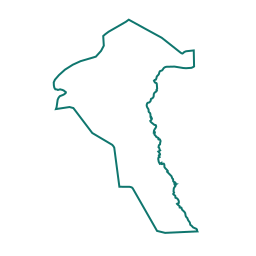 the border of Unity, rotated 356°
{"feature_id": "SDS-871", "entity_name": "Unity", "entity_type": "State", "adm_level": 1, "iso_a3": "SSD", "parent_name": "South Sudan", "parent_adm1": "", "projection": "mercator", "projection_center": [30.188, 8.676], "detail": "fine", "context": "isolated", "style": "outline", "palette": "teal", "viewbox_px": 256, "rotation_deg": 356, "n_neighbors": 0, "source": "natural_earth", "source_scale": "10m", "svg_char_len": 3441}
<svg xmlns="http://www.w3.org/2000/svg" viewBox="0 0 256 256"><g transform="rotate(356 128 128)"><path d="M187.6,57.5L188.5,56.9L189.3,56.2L190.6,55.7L191.4,55.5L199.0,55.2L198.2,71.2L197.3,71.7L196.4,72.1L195.4,72.4L190.1,72.4L187.2,72.0L178.7,70.0L170.5,69.6L169.2,69.9L168.1,70.5L167.4,71.2L166.8,72.1L166.0,72.9L165.1,73.2L163.9,73.5L163.3,74.3L162.5,76.5L161.8,77.3L160.9,78.0L160.2,78.9L159.8,80.4L159.2,81.6L157.9,82.0L157.2,82.7L158.0,84.4L158.7,84.9L159.3,85.1L159.7,85.5L159.8,86.5L159.8,90.9L159.5,91.4L159.1,91.8L159.0,92.2L159.4,92.7L158.7,93.6L157.7,94.1L156.8,94.8L156.1,96.0L155.8,98.2L155.5,98.9L154.8,99.7L154.3,100.1L153.3,100.4L153.0,100.6L152.8,101.0L152.6,102.1L152.5,102.5L152.4,102.6L151.2,103.9L150.8,104.0L149.7,104.2L149.3,104.3L148.8,104.9L148.4,105.8L148.2,106.9L148.4,108.1L148.7,108.9L149.5,110.3L149.8,111.3L149.8,111.8L149.7,112.7L149.8,113.2L150.1,113.7L150.9,114.5L151.2,115.1L151.3,116.2L151.2,118.6L151.6,119.7L152.1,119.2L152.5,120.2L152.2,121.1L151.5,121.8L150.7,122.5L151.1,123.4L151.7,124.1L154.4,126.6L154.8,126.8L155.3,126.9L155.8,127.0L156.1,127.6L156.2,128.6L155.7,129.6L154.4,131.3L154.0,132.0L153.7,132.8L153.5,133.7L153.4,134.5L153.9,134.5L153.9,134.3L153.9,133.8L153.9,133.6L154.5,134.0L154.5,134.6L154.1,135.3L153.9,136.1L154.1,136.7L155.1,137.8L155.3,138.5L155.6,138.8L157.6,140.1L157.6,140.4L157.5,141.2L157.6,141.5L157.8,141.6L158.7,141.4L158.9,141.5L159.5,142.8L159.5,143.8L159.1,144.7L158.8,146.5L158.4,146.9L157.9,147.1L157.6,147.5L157.1,149.3L157.7,150.0L158.1,151.9L158.5,152.6L157.1,153.4L156.6,153.6L158.0,155.8L158.1,156.8L156.9,157.3L156.8,157.6L157.3,158.4L157.5,159.2L156.4,159.5L156.0,161.0L156.3,163.8L157.2,165.9L158.9,165.1L158.9,166.3L159.5,166.4L160.4,166.0L161.2,166.1L161.6,166.8L161.7,167.8L161.6,168.8L161.7,169.7L162.6,171.0L163.9,172.5L164.7,173.7L164.0,174.4L168.0,179.1L168.7,181.5L169.3,182.0L169.4,182.4L169.4,184.3L169.9,184.9L170.9,185.3L171.3,185.8L170.4,186.4L170.4,186.9L170.9,186.9L172.2,187.3L171.8,187.5L171.6,187.6L171.3,187.7L170.8,187.7L170.8,188.2L171.4,188.7L171.2,189.2L170.8,189.6L170.4,190.1L170.1,190.6L169.8,190.9L169.5,191.3L169.0,194.4L169.5,195.6L169.2,196.1L168.7,196.5L168.5,197.0L168.9,197.6L170.0,198.5L170.4,198.9L170.5,199.5L170.4,200.3L170.5,200.9L172.0,201.6L172.8,202.6L173.4,203.9L173.6,205.1L173.5,206.0L173.3,206.5L172.8,206.7L172.0,206.8L171.6,207.1L172.1,207.7L172.8,208.4L173.1,208.6L173.3,208.9L174.0,209.5L174.1,209.8L174.0,210.6L174.0,210.9L174.6,211.1L175.2,211.0L175.7,211.2L175.9,212.1L176.3,213.3L178.4,215.6L179.1,216.9L179.4,219.7L179.8,220.7L180.9,222.0L181.4,223.8L182.1,225.1L182.7,225.9L183.1,226.8L183.4,228.9L183.7,229.2L184.6,229.9L186.0,231.7L189.2,233.4L189.7,234.2L189.8,235.5L190.0,236.0L157.7,235.2L149.8,232.7L128.5,188.5L127.7,187.6L126.6,187.1L125.5,186.8L115.3,186.0L112.9,146.6L112.2,145.2L111.1,143.7L92.0,130.5L74.9,104.3L71.1,103.0L57.4,104.1L58.2,102.3L59.8,94.9L60.9,92.9L62.2,91.5L65.4,90.5L66.9,89.8L68.3,88.7L68.5,88.1L68.5,87.9L67.9,87.4L67.0,86.6L66.5,86.1L65.3,85.5L64.6,85.2L64.0,85.1L63.4,84.8L62.9,84.7L62.4,84.8L61.9,84.9L61.3,85.1L60.9,85.1L60.5,85.1L60.1,84.8L59.5,84.5L59.0,84.5L58.2,84.3L57.3,82.6L57.0,80.2L57.1,77.3L58.5,74.7L62.8,70.4L67.8,66.5L69.2,65.4L77.4,61.0L85.4,58.0L100.9,54.6L106.5,49.2L109.6,44.2L109.7,34.5L111.8,32.9L115.4,30.6L133.3,21.9L136.3,20.0L152.1,30.2L167.9,40.3L185.6,56.4L186.6,57.2L187.6,57.5Z" fill="none" stroke="#0f766e" stroke-width="2"/></g></svg>